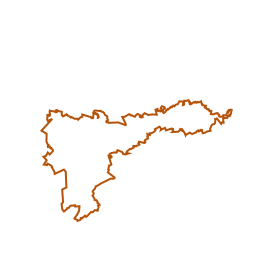 the district of Cereté, Córdoba, Colombia, rotated 149°
{"feature_id": "7082276B12261061715125", "entity_name": "Cereté", "entity_type": "district", "adm_level": 2, "iso_a3": "COL", "parent_name": "Colombia", "parent_adm1": "Córdoba", "projection": "albers", "projection_center": [-75.84, 8.882], "detail": "fine", "context": "isolated", "style": "outline", "palette": "amber", "viewbox_px": 256, "rotation_deg": 149, "n_neighbors": 0, "source": "geoboundaries", "source_scale": "gbopen_adm2", "svg_char_len": 5809}
<svg xmlns="http://www.w3.org/2000/svg" viewBox="0 0 256 256"><g transform="rotate(149 128 128)"><path d="M176.4,176.0L178.3,177.7L179.5,179.2L179.7,180.0L180.0,180.0L180.0,179.3L180.4,179.3L180.3,180.1L180.6,180.2L180.8,178.4L181.5,178.5L181.3,179.9L182.5,179.7L183.2,180.7L185.0,182.0L186.0,183.2L186.7,182.5L187.2,181.5L187.8,179.7L188.1,179.1L188.4,179.0L188.6,179.5L189.3,179.0L189.9,179.4L190.3,179.8L190.0,180.6L190.4,180.7L191.5,178.7L192.6,177.5L192.9,176.7L193.1,175.2L191.0,175.2L188.3,174.8L204.4,170.0L203.6,170.0L203.2,169.7L200.7,165.0L204.9,158.4L205.3,155.1L204.9,154.4L206.1,153.7L206.4,153.1L204.7,152.5L205.1,151.6L204.7,151.5L204.3,151.0L203.8,151.2L204.2,150.8L204.1,150.6L204.5,150.4L204.6,150.1L204.0,149.2L203.6,148.2L204.3,146.9L208.5,145.6L208.8,145.6L209.4,148.3L212.7,146.3L215.3,146.9L214.3,142.3L219.0,140.0L216.5,137.9L215.3,138.9L213.3,135.5L213.0,134.2L213.1,133.5L213.5,133.5L213.6,128.5L214.5,126.4L204.4,125.4L203.9,122.6L211.4,108.8L216.1,109.1L221.9,97.8L224.1,97.1L226.2,92.2L226.2,91.2L226.0,89.5L225.8,89.4L225.4,89.8L224.7,89.5L223.7,89.9L222.4,89.9L221.4,90.6L219.8,90.0L217.7,91.0L217.2,91.0L216.6,90.7L215.9,90.1L215.3,90.1L214.1,89.3L213.3,89.2L213.7,87.9L209.9,85.9L212.6,82.2L216.4,79.8L218.7,78.9L220.6,77.9L218.9,75.5L219.1,74.4L216.0,73.8L214.9,75.2L214.1,74.9L214.4,74.5L214.1,74.2L210.0,75.0L209.7,73.4L208.5,73.5L203.0,75.0L202.9,74.7L202.4,74.5L202.1,74.1L201.7,74.0L199.9,74.4L199.4,74.3L198.8,74.6L197.7,74.1L197.6,73.7L197.2,73.6L196.9,72.9L196.4,72.8L196.0,73.5L194.2,75.0L193.6,76.4L193.6,77.0L192.7,77.1L192.0,76.7L191.9,77.2L192.2,77.8L192.2,78.5L192.6,79.0L192.8,79.7L192.1,80.5L192.3,82.5L193.4,83.0L193.7,83.5L193.1,84.9L193.2,88.4L191.9,88.8L191.1,89.5L190.9,90.3L191.1,91.4L190.8,92.0L188.8,92.7L187.4,93.1L185.7,94.6L183.5,94.3L179.9,94.4L168.9,93.5L167.3,92.4L166.0,91.9L165.7,91.9L165.0,92.5L168.1,100.3L165.9,102.0L166.2,102.6L164.1,105.1L163.5,105.6L162.8,105.2L161.1,105.2L159.2,113.3L158.1,111.4L157.6,111.3L157.0,111.5L156.8,112.0L156.8,112.6L158.1,114.4L157.7,114.9L156.8,115.2L155.2,115.1L153.7,114.5L152.7,114.4L152.1,113.9L151.5,113.7L151.1,113.1L150.5,112.9L149.7,113.1L148.8,114.3L148.2,114.3L145.3,110.2L145.2,109.7L145.6,108.3L145.3,107.9L143.6,106.6L140.6,105.9L141.7,106.9L143.2,107.4L141.8,107.5L141.1,108.4L140.7,108.6L138.9,108.7L137.2,109.1L136.6,108.5L133.5,108.2L133.3,108.8L133.0,108.7L132.5,109.7L131.2,108.7L131.2,108.9L128.8,108.1L126.9,107.8L126.7,108.9L126.0,109.8L126.4,110.0L125.5,110.6L122.4,107.3L121.5,106.7L120.7,106.6L120.3,107.2L120.5,108.3L120.0,108.7L117.8,109.0L116.3,108.7L116.0,110.4L115.4,110.3L115.2,111.2L114.5,112.9L112.9,110.7L112.2,111.3L112.0,112.2L110.6,111.5L108.9,111.3L107.3,111.4L105.6,112.0L105.6,113.1L100.3,112.9L100.0,110.2L100.8,109.4L99.7,109.5L96.2,109.0L96.7,106.4L90.9,105.1L91.1,104.3L90.0,103.8L91.1,101.7L91.8,101.6L87.0,99.0L84.9,99.3L84.1,100.1L83.7,100.2L83.2,98.7L83.4,98.5L83.3,98.3L82.7,99.2L82.3,99.2L82.0,94.3L82.4,92.0L81.6,92.5L79.7,92.2L77.5,92.3L76.2,89.8L72.7,89.4L72.2,89.1L70.5,89.8L69.0,89.7L69.1,88.6L67.3,88.3L66.8,89.0L65.6,88.2L66.7,85.1L66.4,84.8L64.1,84.3L62.2,84.3L58.6,83.1L58.1,85.0L54.6,87.4L53.2,87.5L52.0,86.9L50.8,87.5L49.2,89.6L48.7,90.8L47.7,90.3L46.9,90.4L46.0,83.5L44.7,84.3L43.7,83.4L43.2,83.3L42.7,85.1L41.2,87.8L40.6,87.4L40.5,86.8L39.8,86.6L37.6,85.5L36.4,87.1L34.9,85.9L34.3,87.2L33.5,86.4L32.0,87.6L31.3,88.6L29.8,90.0L30.3,90.7L32.1,91.4L32.6,90.7L33.2,90.9L33.2,90.6L33.5,90.6L33.2,90.2L33.8,89.8L34.7,90.1L36.5,89.1L37.1,88.4L38.3,88.6L39.7,89.9L40.4,89.2L43.2,90.0L43.9,91.4L43.1,92.2L43.9,94.4L43.7,94.7L44.2,94.9L44.3,94.7L45.5,95.4L47.9,95.8L49.8,97.2L47.8,99.8L49.4,100.4L49.2,101.4L49.5,101.3L49.8,102.5L49.6,102.5L49.6,103.0L50.7,103.6L50.7,105.8L51.2,105.4L51.6,106.0L49.8,107.0L52.1,108.8L51.9,110.1L52.5,110.1L52.1,112.0L51.6,113.2L53.0,113.3L54.9,113.9L54.9,114.4L56.4,114.5L56.4,115.5L57.8,115.6L57.8,116.1L60.9,116.3L60.9,116.0L61.3,116.0L61.3,116.3L61.9,116.3L61.8,116.8L62.6,116.8L62.2,118.6L61.6,118.7L61.7,120.6L62.2,120.9L62.5,120.7L64.0,121.3L64.9,121.7L65.7,122.4L68.1,119.1L69.1,119.3L67.0,122.1L70.2,124.4L73.0,122.8L75.2,123.4L77.0,122.7L77.7,123.9L79.3,123.3L79.5,123.8L80.7,123.5L80.9,124.0L82.2,123.5L82.3,123.6L84.0,123.2L84.2,123.7L85.3,123.3L85.5,123.7L87.9,122.5L90.6,122.5L90.1,122.7L89.5,123.7L88.7,125.9L86.4,125.7L85.9,126.8L87.6,129.2L89.1,128.6L90.0,127.8L89.3,125.9L90.0,126.1L90.4,125.0L91.8,125.6L91.7,126.0L92.1,126.8L93.0,126.9L93.7,127.3L92.9,129.2L95.0,129.5L96.5,124.6L100.1,127.1L103.9,128.7L106.1,132.1L109.5,131.4L109.6,130.5L110.0,131.0L110.5,130.4L110.6,130.6L111.4,130.3L112.1,131.5L111.0,132.2L111.4,133.4L112.6,135.1L114.5,134.9L116.3,134.1L119.1,138.0L119.3,137.8L119.4,138.0L119.9,139.3L124.9,139.3L127.2,140.4L127.9,132.5L128.6,131.7L133.5,137.8L141.8,142.3L141.9,142.9L143.5,144.0L143.5,144.4L143.0,145.0L141.6,144.9L141.1,145.1L140.9,147.0L140.1,148.0L139.9,148.7L140.0,149.3L140.5,150.1L140.9,150.9L140.8,152.7L141.0,154.1L142.4,155.8L142.5,156.8L143.6,157.2L147.0,159.9L147.8,160.1L148.6,159.8L148.8,159.4L148.9,158.5L147.1,156.1L147.1,154.8L146.9,154.7L147.1,153.6L147.3,153.6L147.2,153.3L147.7,152.5L147.7,152.3L148.6,152.1L148.7,152.3L148.0,152.6L147.6,153.7L147.5,154.4L147.2,154.6L147.4,154.5L147.5,154.7L147.5,155.1L147.7,155.4L147.8,156.1L147.5,156.2L147.6,156.3L147.9,156.4L148.0,156.8L148.3,156.6L148.5,156.8L148.1,157.2L148.6,157.8L148.7,157.7L148.9,158.2L149.9,158.9L150.2,158.1L151.5,156.1L152.9,154.5L153.8,154.9L153.7,155.6L154.0,155.7L153.8,156.0L160.3,163.1L161.4,161.1L163.1,161.6L166.4,160.8L166.4,161.9L167.3,162.3L168.1,163.0L169.0,163.3L170.8,166.6L171.6,166.4L173.2,170.1L173.5,170.0L173.9,170.9L173.8,171.4L174.4,171.3L174.9,171.6L175.9,171.2L177.8,171.5L177.8,172.8L178.1,173.1L176.4,176.0Z" fill="none" stroke="#b45309" stroke-width="2"/></g></svg>